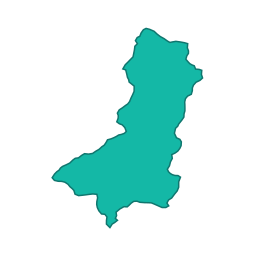 Apiacá, Espírito Santo, Brazil (Mercator projection), rotated 13°
{"feature_id": "56859067B41801731555514", "entity_name": "Apiacá", "entity_type": "district", "adm_level": 2, "iso_a3": "BRA", "parent_name": "Brazil", "parent_adm1": "Espírito Santo", "projection": "mercator", "projection_center": [-41.557, -21.07], "detail": "fine", "context": "isolated", "style": "filled", "palette": "teal", "viewbox_px": 256, "rotation_deg": 13, "n_neighbors": 0, "source": "geoboundaries", "source_scale": "gbopen_adm2", "svg_char_len": 2288}
<svg xmlns="http://www.w3.org/2000/svg" viewBox="0 0 256 256"><g transform="rotate(13 128 128)"><path d="M126.9,27.0L123.2,26.9L120.9,28.8L119.4,32.5L118.9,35.9L116.6,37.8L115.6,41.2L118.2,43.7L116.3,46.8L116.7,50.5L116.8,53.7L116.9,57.6L114.8,61.0L113.2,63.7L111.1,67.0L109.7,71.6L112.7,71.9L114.7,75.8L116.1,78.8L117.7,80.6L118.8,83.0L121.6,84.3L124.6,85.8L125.7,90.9L125.0,94.7L124.2,98.2L123.6,101.9L122.3,104.7L120.5,106.6L118.1,109.5L115.4,112.3L114.3,115.9L115.7,118.0L116.2,120.6L115.7,124.5L118.6,125.8L121.7,126.2L124.8,128.3L127.1,131.7L125.7,134.0L122.9,135.8L120.5,136.9L118.5,138.9L116.3,140.7L113.9,142.4L110.7,144.1L109.9,147.0L108.7,150.1L106.8,152.1L104.7,155.2L101.7,158.0L99.3,160.7L95.5,162.3L91.4,162.8L88.8,165.3L86.5,168.2L83.4,169.4L81.5,171.6L79.1,175.3L76.0,177.8L72.8,180.2L71.2,182.2L70.3,184.6L68.5,186.6L66.8,189.4L65.3,193.5L68.1,195.6L72.0,195.6L75.5,194.9L78.7,195.0L82.2,196.3L84.7,198.3L87.4,199.7L89.3,201.0L91.3,204.4L95.1,205.0L98.0,204.0L101.4,202.8L105.1,201.4L108.5,200.2L112.6,199.6L114.1,202.8L114.2,206.7L114.7,209.5L116.0,212.4L118.2,215.2L121.5,217.7L124.9,217.3L127.5,219.4L127.8,222.8L128.6,226.5L132.8,229.1L134.2,225.1L136.2,223.2L138.5,220.3L136.0,218.9L136.6,216.0L135.3,212.7L138.3,208.7L141.7,205.6L145.0,205.0L146.5,202.9L148.0,200.5L150.1,198.2L153.2,197.3L156.3,197.7L160.9,197.0L164.7,196.2L167.6,195.7L170.7,196.2L174.9,197.0L179.0,197.8L182.7,197.0L185.2,194.7L182.8,192.4L183.7,189.0L186.3,186.4L188.3,181.8L190.1,178.2L190.7,174.3L189.5,169.0L190.2,164.1L187.4,163.1L184.4,163.7L181.7,163.5L179.4,162.8L177.3,161.5L175.6,159.3L176.9,155.5L177.0,151.4L178.0,147.7L176.6,144.1L179.5,141.8L181.7,139.3L183.1,136.2L183.7,133.3L183.1,129.5L181.1,127.4L177.4,126.6L174.4,122.7L174.4,117.5L176.0,115.2L176.5,112.7L178.6,108.4L180.0,104.8L179.4,101.6L179.6,98.6L179.0,95.9L178.2,92.7L177.4,89.9L177.4,86.5L178.9,83.5L182.1,80.9L182.3,77.2L181.7,74.4L182.2,71.4L184.0,68.1L187.4,65.4L189.4,62.5L187.5,59.3L186.9,55.2L184.1,54.9L180.6,55.4L178.6,52.5L176.0,52.1L173.7,51.4L171.5,49.9L168.9,48.0L169.1,44.3L170.1,41.8L169.6,39.3L167.8,36.6L167.2,32.4L163.9,32.2L159.5,32.4L155.1,32.8L151.8,34.2L149.6,35.2L147.1,34.5L143.0,32.8L138.8,31.6L135.3,30.0L131.7,27.9L126.9,27.0Z" fill="#14b8a6" stroke="#0f766e" stroke-width="1.5"/></g></svg>